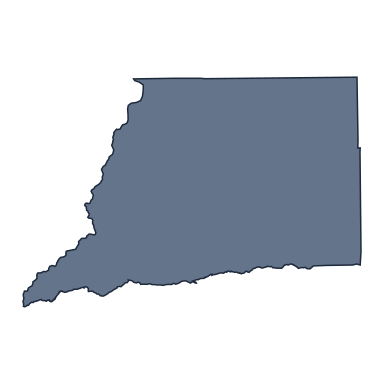 the district of Shasta, California, United States of America
{"feature_id": "52423323B16590015395010", "entity_name": "Shasta", "entity_type": "district", "adm_level": 2, "iso_a3": "USA", "parent_name": "United States of America", "parent_adm1": "California", "projection": "albers", "projection_center": [-122.484, 40.735], "detail": "fine", "context": "isolated", "style": "filled", "palette": "slate", "viewbox_px": 384, "rotation_deg": 0, "n_neighbors": 0, "source": "geoboundaries", "source_scale": "gbopen_adm2", "svg_char_len": 5835}
<svg xmlns="http://www.w3.org/2000/svg" viewBox="0 0 384 384"><path d="M327.3,265.4L352.8,265.0L356.6,264.0L360.2,265.0L361.0,251.7L360.0,152.2L360.2,147.9L357.8,148.0L358.0,140.6L357.0,77.2L204.9,78.7L200.8,78.3L172.6,78.3L133.6,78.9L134.7,80.6L139.2,82.1L143.3,85.0L143.2,90.4L142.5,96.2L140.6,100.6L136.3,102.5L131.2,103.2L128.3,105.4L127.6,109.0L128.0,114.3L128.1,120.0L127.1,122.9L124.8,124.3L122.7,124.7L121.2,127.0L120.0,129.2L117.1,129.5L116.5,129.2L113.8,132.5L113.9,133.7L113.5,135.4L112.8,137.4L113.1,138.4L113.4,140.1L112.8,141.0L112.6,143.1L111.7,145.3L113.8,150.0L113.2,152.0L112.9,153.4L112.6,154.1L111.9,154.9L110.3,156.0L109.0,157.2L109.0,158.1L108.4,159.7L107.4,160.7L106.6,162.5L105.3,165.1L103.2,166.5L101.5,169.4L102.3,171.6L103.2,173.6L103.1,175.0L102.3,176.7L102.4,179.9L101.4,180.8L101.0,181.6L101.0,182.1L99.2,184.0L97.9,184.9L97.1,185.3L96.3,186.1L95.2,186.4L94.6,187.3L94.5,187.8L93.4,189.1L92.2,189.5L91.1,191.1L91.8,192.7L92.9,194.3L93.4,195.4L92.9,196.6L92.5,199.0L91.0,200.2L90.1,203.0L89.1,203.5L87.7,203.5L86.9,203.1L85.9,203.3L85.3,203.7L84.7,205.1L85.1,205.9L86.3,206.9L86.4,208.5L86.7,210.4L87.9,211.1L88.2,211.9L88.1,212.3L89.3,214.0L89.0,215.3L88.2,216.5L87.8,217.3L88.9,218.2L91.6,218.5L92.8,220.1L92.6,221.6L92.6,223.8L93.5,224.7L93.7,226.3L94.1,227.8L94.3,228.9L94.7,229.6L95.4,231.5L95.9,232.8L95.2,234.4L93.8,234.9L91.2,234.2L89.2,234.0L86.8,236.0L86.4,237.8L84.4,238.4L82.9,238.3L81.5,238.5L80.3,239.9L78.6,241.5L78.7,244.1L76.6,247.4L75.6,249.3L72.7,249.8L68.7,250.7L67.4,250.8L66.3,251.3L65.8,253.0L66.2,254.5L65.2,256.1L63.2,257.0L60.7,257.4L59.0,259.0L58.5,260.0L58.1,260.3L57.9,260.7L57.9,261.3L56.9,262.5L56.2,265.3L55.7,265.8L55.0,266.4L54.2,266.0L52.1,265.5L49.8,266.4L48.9,268.1L48.5,270.2L45.9,271.7L43.5,271.5L40.8,272.9L39.2,272.9L37.5,273.1L36.8,275.3L37.0,278.4L35.3,280.2L33.0,281.7L32.8,283.5L32.0,285.8L30.0,286.9L28.4,288.0L27.7,290.0L27.8,290.7L26.7,291.2L26.0,291.1L24.4,291.1L24.0,292.7L23.3,294.1L23.3,295.7L23.9,298.5L23.0,301.5L23.2,302.5L23.5,302.9L23.6,303.5L23.5,304.1L23.7,306.1L23.5,306.4L24.7,306.8L26.6,305.9L27.2,305.2L28.3,305.4L29.0,304.5L29.7,303.5L30.5,303.1L31.0,302.6L31.7,302.2L32.2,302.5L33.5,302.4L33.9,301.6L36.7,301.1L36.9,301.1L37.1,300.8L38.4,300.5L38.7,300.2L39.0,300.2L39.6,299.8L40.4,299.8L40.9,299.4L41.4,299.8L41.9,300.4L42.2,300.5L44.7,300.6L45.1,300.8L45.6,300.7L45.8,300.7L45.9,301.1L46.1,301.2L46.4,301.2L46.7,300.9L46.7,300.7L47.2,300.6L47.4,300.3L47.8,300.1L48.2,300.2L49.1,299.9L49.2,300.6L49.9,300.9L49.8,301.3L50.6,301.6L50.9,301.6L51.0,301.3L52.0,301.6L52.2,301.3L52.1,301.2L52.5,300.9L52.5,300.6L52.8,300.5L53.1,300.6L53.4,300.3L53.4,300.1L53.9,300.0L54.0,299.8L54.0,299.3L54.3,299.1L54.3,298.9L54.6,298.8L54.7,299.1L54.9,299.2L55.1,299.0L55.1,298.6L55.3,298.1L55.2,297.9L55.3,297.7L55.4,297.8L55.5,297.3L55.7,297.1L56.1,297.0L56.1,296.8L56.9,295.6L57.6,294.7L58.0,294.5L58.2,293.9L58.9,293.3L59.0,292.9L58.9,292.5L59.1,292.5L59.3,292.6L59.5,292.3L59.5,292.1L60.0,291.9L59.9,291.7L60.0,291.4L60.3,291.4L60.7,291.1L61.0,291.0L61.3,291.0L61.5,291.3L62.1,291.3L62.4,291.1L62.7,291.4L62.8,291.7L63.3,291.9L64.0,292.0L64.5,292.3L65.6,292.2L66.3,291.9L67.5,291.8L67.9,291.2L68.3,291.0L68.6,291.1L69.2,290.8L70.6,290.7L72.6,290.3L73.2,289.7L73.7,289.3L75.8,289.3L76.6,289.1L77.6,289.2L78.1,289.0L78.5,288.6L79.9,288.5L80.8,287.9L83.1,287.3L83.4,287.4L83.8,287.9L84.2,288.0L84.4,287.7L84.3,287.4L84.6,287.0L85.3,286.8L87.0,287.1L87.5,287.7L88.4,288.5L88.3,289.4L88.3,290.4L88.2,290.9L88.4,291.5L88.9,291.5L90.4,291.2L91.3,291.3L91.8,291.1L92.7,291.2L93.4,292.0L95.9,293.1L96.9,294.0L98.6,294.1L100.4,295.8L103.4,296.1L105.5,295.0L107.5,293.8L109.2,292.3L111.2,291.6L113.9,289.6L117.1,287.9L117.3,286.9L119.3,286.4L121.0,286.7L124.3,283.8L125.1,282.8L127.2,282.6L128.8,280.5L128.5,280.0L132.0,280.7L134.0,282.4L136.7,282.9L138.0,282.1L139.8,282.9L140.7,284.3L143.1,284.2L147.1,284.3L149.7,283.7L152.1,284.6L154.6,284.6L157.4,285.0L160.4,284.9L163.2,285.4L165.6,284.7L167.9,284.4L171.6,284.5L173.7,283.3L175.7,284.2L178.9,283.1L181.6,281.3L185.5,280.8L188.1,281.9L190.4,283.1L191.8,282.2L192.2,281.0L192.9,281.0L193.3,282.0L195.7,283.1L196.3,283.1L196.1,282.7L195.4,282.0L194.4,281.9L194.0,280.9L194.5,280.4L197.0,279.6L198.3,279.7L199.1,279.2L200.4,278.6L202.0,278.4L203.8,278.4L205.1,277.7L205.0,277.3L205.6,276.9L206.0,277.2L207.7,276.5L208.9,275.7L210.7,274.4L211.1,274.5L211.7,275.2L212.2,274.3L212.5,274.6L212.6,275.0L213.6,274.6L214.9,274.6L217.1,273.9L218.4,273.6L219.4,273.2L220.5,272.8L222.4,273.1L223.7,273.2L224.1,272.9L224.3,272.5L226.2,271.7L226.6,272.2L227.4,271.7L228.1,271.0L228.9,271.1L229.8,271.5L230.1,271.9L230.7,271.8L231.3,271.2L231.6,271.5L232.2,271.8L232.9,271.7L233.3,271.9L234.8,272.3L236.4,272.1L237.3,272.4L237.9,272.9L238.7,272.9L239.5,273.2L239.7,272.9L240.4,273.4L241.3,273.8L242.5,273.3L243.9,273.1L244.7,272.5L245.3,271.8L246.6,271.1L246.8,271.4L247.3,271.8L248.2,272.2L248.8,272.1L249.1,272.3L249.8,271.7L250.3,271.0L250.7,270.8L251.1,270.7L251.7,270.4L253.2,268.7L253.9,268.3L254.6,268.4L255.8,267.8L256.5,267.3L257.2,267.2L257.7,267.0L258.2,267.1L258.9,266.8L259.6,267.2L260.9,267.4L261.4,268.0L263.0,267.9L264.6,267.3L266.0,267.1L267.3,266.3L267.6,266.2L268.0,266.5L270.8,266.7L271.4,266.5L271.7,266.7L273.0,267.8L273.4,267.8L273.6,267.9L274.2,267.7L276.1,268.1L278.3,268.2L279.3,268.1L281.4,268.3L282.0,268.0L282.4,267.5L283.0,267.0L283.4,266.4L283.8,266.0L284.1,265.4L284.5,265.0L285.0,265.1L286.6,264.5L287.3,264.6L287.6,264.9L288.2,265.0L289.0,264.7L289.7,264.3L291.0,263.9L292.3,264.5L292.9,264.5L293.2,264.4L293.6,264.6L293.6,265.0L294.0,265.3L295.3,265.8L295.8,266.2L296.0,266.5L296.4,266.7L296.6,266.6L297.5,267.5L298.5,268.4L300.3,267.8L301.1,267.7L302.4,267.5L303.4,267.8L305.0,267.3L306.9,268.6L309.9,268.9L313.5,265.9L327.3,265.4Z" fill="#64748b" stroke="#1e293b" stroke-width="1.5"/></svg>